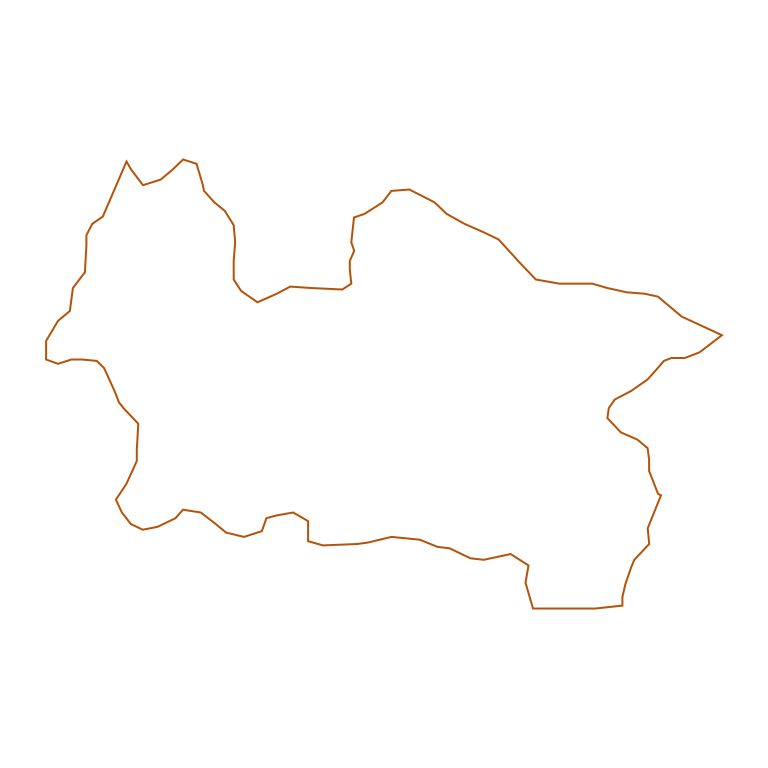 Yangpyeong-gun, Gyeonggi, South Korea
{"feature_id": "91817680B89058224266184", "entity_name": "Yangpyeong-gun", "entity_type": "district", "adm_level": 2, "iso_a3": "KOR", "parent_name": "South Korea", "parent_adm1": "Gyeonggi", "projection": "robinson", "projection_center": [127.569, 37.511], "detail": "fine", "context": "isolated", "style": "outline", "palette": "amber", "viewbox_px": 768, "rotation_deg": 0, "n_neighbors": 0, "source": "geoboundaries", "source_scale": "gbopen_adm2", "svg_char_len": 1649}
<svg xmlns="http://www.w3.org/2000/svg" viewBox="0 0 768 768"><path d="M354.0,217.5L351.3,242.3L354.2,250.9L349.8,260.9L349.8,269.5L351.3,283.7L342.3,289.5L311.1,288.0L290.2,286.6L276.8,293.7L257.5,302.3L241.1,290.9L233.7,279.5L233.7,260.9L235.2,242.3L233.7,225.2L224.8,210.9L214.4,202.4L204.0,190.9L202.5,183.8L196.5,163.8L183.1,159.5L172.7,169.5L160.8,179.5L143.0,185.2L131.1,169.5L126.5,161.5L102.8,216.6L92.3,223.8L86.4,235.2L86.4,245.2L84.9,272.3L72.9,288.0L69.9,310.9L58.0,320.9L46.1,340.9L46.1,359.5L49.4,360.7L58.0,363.8L71.4,359.5L81.8,359.5L96.7,360.9L104.1,368.1L114.5,390.9L119.0,402.4L123.5,408.1L138.3,423.8L136.8,449.6L136.8,461.0L126.4,483.9L115.9,499.6L121.9,512.5L130.8,524.0L142.7,529.7L150.1,528.3L157.6,526.8L175.5,518.2L183.0,509.7L200.8,512.5L215.7,524.0L226.1,532.6L244.0,536.9L261.9,531.1L266.4,518.2L276.8,515.4L293.2,512.5L308.1,521.1L308.1,541.2L323.0,545.4L357.2,544.0L367.6,542.6L391.5,536.9L419.8,539.7L437.6,546.9L449.6,548.3L470.4,558.3L483.8,559.8L510.6,554.0L528.5,565.5L525.5,582.7L533.0,608.5L595.6,608.5L604.7,607.5L622.4,605.6L622.4,597.0L625.4,584.1L631.3,566.9L634.3,559.8L649.2,544.0L647.7,528.3L661.0,495.3L658.1,493.9L649.1,471.0L649.1,459.6L647.6,448.1L637.2,439.5L620.8,432.4L607.4,418.1L608.8,408.1L614.8,399.5L631.2,390.9L647.5,379.5L656.5,369.5L663.9,360.9L671.3,358.0L684.7,358.0L699.6,352.3L721.9,335.2L681.7,316.6L657.9,296.6L644.5,293.7L626.6,292.3L607.3,288.0L592.4,283.7L559.6,283.7L535.8,279.5L519.4,262.3L509.0,250.9L498.6,239.5L483.7,232.3L464.4,223.8L446.5,213.8L434.6,202.4L409.3,189.5L391.4,190.9L382.5,202.4L364.7,213.8L354.0,217.5Z" fill="none" stroke="#b45309" stroke-width="2"/></svg>